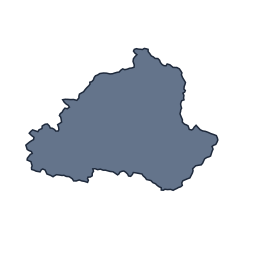 outline of Pindobaçu, Bahia, Brazil, rotated 116°
{"feature_id": "56859067B54064928423226", "entity_name": "Pindobaçu", "entity_type": "district", "adm_level": 2, "iso_a3": "BRA", "parent_name": "Brazil", "parent_adm1": "Bahia", "projection": "natural_earth1", "projection_center": [-40.338, -10.721], "detail": "fine", "context": "isolated", "style": "filled", "palette": "slate", "viewbox_px": 256, "rotation_deg": 116, "n_neighbors": 0, "source": "geoboundaries", "source_scale": "gbopen_adm2", "svg_char_len": 3197}
<svg xmlns="http://www.w3.org/2000/svg" viewBox="0 0 256 256"><g transform="rotate(116 128 128)"><path d="M52.3,107.8L52.2,110.6L53.8,114.1L52.8,118.1L53.3,120.9L55.4,121.1L56.2,123.1L56.0,125.2L54.9,127.6L53.3,129.3L52.5,131.6L53.6,134.2L53.0,136.4L53.0,138.7L51.6,141.1L50.5,143.4L48.5,144.4L48.8,146.2L49.3,148.2L51.1,149.4L51.8,151.4L52.5,153.1L53.0,155.2L54.6,156.8L56.5,156.8L57.7,154.5L58.2,152.1L60.8,153.0L63.3,153.5L65.9,152.7L68.6,150.0L70.7,149.2L72.4,150.9L73.7,152.9L75.5,154.5L77.0,156.5L77.2,158.7L79.4,159.9L81.6,160.5L82.8,162.3L84.6,164.3L86.0,165.7L87.3,167.9L88.1,171.3L89.3,174.1L91.4,177.2L93.7,178.6L95.3,180.1L97.3,180.5L100.0,180.2L102.2,180.9L103.6,182.4L105.2,181.4L107.1,181.7L109.6,182.6L112.0,183.3L114.9,183.8L116.6,185.0L118.8,186.5L120.9,186.1L122.4,185.3L125.6,186.1L126.2,189.4L127.6,192.0L128.5,194.3L129.7,197.0L131.2,199.1L132.8,196.6L133.6,194.0L133.8,191.7L134.9,189.8L137.3,191.0L137.8,193.4L140.1,194.0L142.6,194.1L144.8,195.2L146.9,195.1L147.7,193.3L149.3,192.0L151.8,190.3L153.8,191.4L155.8,192.7L157.6,190.8L159.8,189.4L161.4,189.5L162.4,191.5L161.6,193.4L161.4,195.8L162.1,197.9L160.7,199.5L159.7,202.2L161.0,204.2L163.8,206.0L166.2,205.1L168.6,207.2L170.8,207.4L171.2,210.3L171.5,212.9L173.7,213.9L176.0,214.5L177.1,211.2L177.6,208.4L179.8,207.8L181.7,209.1L183.7,210.3L186.3,211.5L188.2,212.3L189.9,210.7L191.5,209.2L191.7,207.1L191.5,204.5L192.9,202.9L194.5,204.2L196.8,204.7L199.3,205.2L201.0,204.7L200.8,200.5L202.4,199.1L204.1,197.5L205.9,197.4L207.5,196.4L207.1,193.8L207.1,191.6L206.5,189.6L206.0,187.8L203.6,187.6L202.2,186.7L202.1,184.1L203.7,182.1L204.9,180.7L204.5,176.9L204.7,174.0L203.2,173.2L201.3,171.8L200.1,168.3L199.6,166.5L198.6,164.9L198.6,162.3L197.5,159.5L198.1,155.7L199.4,153.7L198.3,151.3L196.1,149.1L195.8,146.2L195.1,144.0L194.6,140.5L192.3,140.7L191.3,142.2L189.7,142.4L188.6,140.4L186.7,139.2L184.3,140.3L182.0,140.0L180.2,141.7L179.0,139.7L178.8,137.1L177.1,134.8L176.8,131.8L175.8,129.8L175.4,127.6L174.9,125.0L173.9,122.3L174.3,119.3L174.7,116.8L173.1,116.0L171.4,116.0L169.6,114.5L168.5,112.9L168.7,110.8L169.6,108.1L170.9,106.5L170.3,104.4L167.9,103.7L165.7,103.7L164.9,101.4L164.0,98.1L163.2,95.3L164.3,93.5L165.1,90.7L166.2,88.8L165.7,86.7L165.2,84.4L166.2,81.6L166.0,78.9L166.8,76.6L167.2,74.4L167.1,72.0L169.2,70.9L168.4,68.9L166.9,68.0L166.1,65.6L164.5,62.8L164.2,60.1L162.5,58.9L161.1,57.7L159.3,56.5L157.8,54.9L155.8,54.0L153.8,55.6L151.4,55.6L147.7,52.4L145.7,50.5L140.1,50.4L137.9,50.8L136.3,52.0L134.2,51.3L132.3,50.6L130.5,48.2L129.0,46.0L126.8,45.5L124.1,45.6L122.1,45.6L119.9,44.2L118.3,42.5L117.0,41.5L114.9,41.8L112.3,42.2L109.7,42.3L107.7,44.4L105.9,43.4L104.3,41.9L101.4,41.8L99.4,42.0L97.7,43.4L96.1,45.3L96.3,48.0L96.7,51.1L96.8,54.4L97.1,57.0L97.9,59.7L97.9,62.4L96.8,65.3L95.7,68.0L98.4,68.9L100.2,69.0L101.9,69.9L102.4,72.3L99.7,75.0L99.6,77.0L99.8,78.9L98.9,81.7L96.6,82.8L95.0,84.7L92.5,87.5L90.0,88.0L88.4,88.6L86.7,88.5L85.0,90.1L83.3,91.3L81.7,91.6L79.9,91.7L78.1,90.0L76.7,91.2L74.2,92.0L72.6,93.9L70.8,92.8L69.2,92.9L68.5,94.8L66.0,95.7L63.8,95.9L61.9,96.3L60.5,98.4L58.9,100.9L56.8,103.3L54.8,103.7L53.5,105.7L52.3,107.8Z" fill="#64748b" stroke="#1e293b" stroke-width="1.5"/></g></svg>